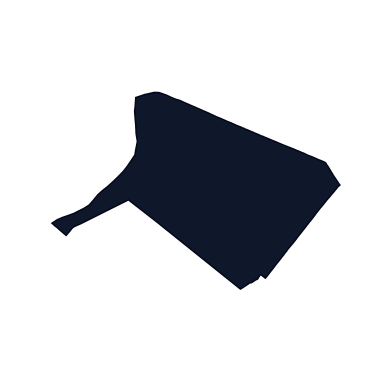 the district of Chau Doc, An Giang, Vietnam, rotated 252°
{"feature_id": "81297802B29469680325647", "entity_name": "Chau Doc", "entity_type": "district", "adm_level": 2, "iso_a3": "VNM", "parent_name": "Vietnam", "parent_adm1": "An Giang", "projection": "robinson", "projection_center": [105.086, 10.688], "detail": "fine", "context": "isolated", "style": "filled", "palette": "ink", "viewbox_px": 384, "rotation_deg": 252, "n_neighbors": 0, "source": "geoboundaries", "source_scale": "gbopen_adm2", "svg_char_len": 2408}
<svg xmlns="http://www.w3.org/2000/svg" viewBox="0 0 384 384"><g transform="rotate(252 192 192)"><path d="M189.6,58.9L192.6,63.8L194.3,66.3L195.1,67.7L195.6,70.0L196.2,76.3L204.2,129.1L173.9,149.6L169.6,152.4L129.6,178.6L84.8,208.0L84.7,208.1L86.3,214.2L86.9,216.2L87.0,216.8L87.6,218.2L87.7,219.0L87.5,219.6L87.4,220.2L87.4,220.7L87.7,221.7L87.9,222.5L88.3,223.9L88.7,225.4L88.8,226.2L88.9,226.6L88.9,226.9L88.9,227.0L89.0,227.6L90.3,228.9L90.8,229.6L91.9,231.0L92.4,231.5L90.6,233.0L87.4,235.1L87.5,235.3L88.2,236.5L91.8,241.8L92.9,243.4L94.0,245.1L98.6,251.7L98.9,252.3L104.2,260.2L104.9,261.1L106.6,263.7L107.4,264.8L107.6,265.0L110.0,268.7L110.4,269.4L112.4,272.6L115.4,277.1L115.8,277.5L120.9,285.2L121.4,285.8L122.0,286.8L122.1,287.0L126.4,293.3L127.0,294.1L127.8,295.5L132.0,301.7L132.9,302.8L137.6,309.8L137.9,310.5L142.9,318.1L145.0,321.6L147.9,326.2L148.4,327.1L152.0,332.6L152.9,334.8L153.3,334.6L159.4,332.9L164.7,331.4L168.7,330.5L173.9,329.3L175.6,328.8L176.2,328.6L178.0,328.2L178.4,328.1L179.0,327.6L179.7,327.0L181.0,325.5L182.7,323.5L183.7,322.2L185.2,320.7L186.2,319.5L188.5,316.9L190.2,314.7L192.2,312.4L192.8,311.9L194.5,310.1L195.6,308.6L196.5,307.7L198.6,305.2L199.2,304.4L199.6,304.0L201.9,301.4L205.0,297.6L206.0,296.4L206.4,295.9L208.4,293.5L211.5,289.9L213.0,288.2L216.2,284.4L217.0,283.5L219.1,281.1L220.0,280.0L220.3,279.7L221.2,278.5L222.1,277.6L223.1,276.5L224.1,275.0L225.7,273.4L226.3,272.7L228.2,270.5L228.3,270.4L229.0,269.4L229.5,269.1L230.4,268.0L230.5,267.7L231.6,266.6L233.0,265.0L234.4,263.4L234.8,262.9L235.0,262.5L235.9,261.6L236.7,260.9L237.6,259.4L238.5,258.9L239.3,257.6L239.9,257.0L242.1,254.3L242.5,254.0L244.0,252.3L244.7,251.5L245.3,250.9L248.7,246.8L249.4,246.1L250.3,245.1L253.6,241.4L256.1,238.3L262.0,232.1L266.1,227.4L272.2,220.6L275.5,216.8L280.5,211.2L282.7,208.9L284.4,206.5L285.1,205.3L288.4,201.5L292.0,197.6L296.4,191.9L296.9,191.0L298.4,186.8L298.9,181.1L299.0,178.9L299.3,178.0L299.2,167.7L291.4,164.6L286.6,162.4L280.0,160.8L272.3,159.0L264.7,156.9L257.0,155.7L248.9,151.2L244.7,149.1L243.9,147.9L241.1,144.4L236.2,138.1L232.7,132.8L229.2,126.2L226.0,119.6L223.1,113.0L221.0,107.3L218.4,101.5L214.7,95.8L211.3,90.0L209.8,84.0L209.0,78.5L208.1,73.0L207.9,67.1L207.8,61.1L207.3,55.4L205.6,49.2L204.6,49.8L202.6,50.9L201.7,51.4L201.3,51.8L200.5,52.4L197.1,54.3L191.3,57.8L189.6,58.9Z" fill="#0f172a" stroke="#020617" stroke-width="1.5"/></g></svg>